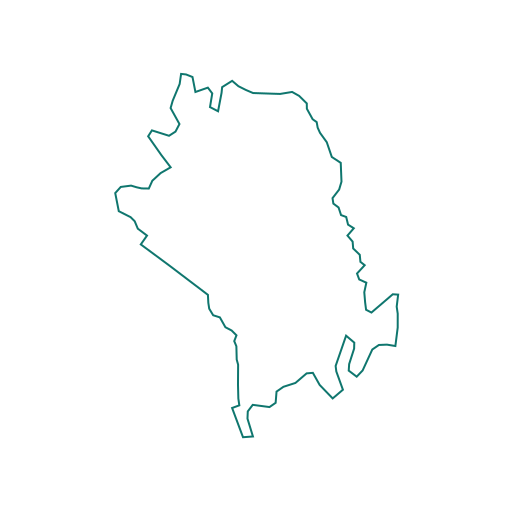 São João da Urtiga, Rio Grande do Sul, Brazil, rotated 215°
{"feature_id": "56859067B38946215789436", "entity_name": "São João da Urtiga", "entity_type": "district", "adm_level": 2, "iso_a3": "BRA", "parent_name": "Brazil", "parent_adm1": "Rio Grande do Sul", "projection": "natural_earth1", "projection_center": [-51.841, -27.789], "detail": "fine", "context": "isolated", "style": "outline", "palette": "teal", "viewbox_px": 512, "rotation_deg": 215, "n_neighbors": 0, "source": "geoboundaries", "source_scale": "gbopen_adm2", "svg_char_len": 1651}
<svg xmlns="http://www.w3.org/2000/svg" viewBox="0 0 512 512"><g transform="rotate(215 256 256)"><path d="M398.7,242.0L406.4,235.0L407.4,226.8L394.1,214.0L381.0,215.9L375.3,214.9L368.5,210.6L357.0,210.2L357.0,199.4L322.5,198.5L273.1,196.6L268.2,190.3L264.1,186.0L257.1,182.9L250.4,185.0L240.2,180.1L233.2,181.0L226.5,179.8L225.0,173.8L220.3,170.8L212.4,160.1L208.3,156.7L196.9,140.2L188.7,129.1L184.0,124.1L188.4,117.8L162.7,100.1L155.0,106.4L169.7,117.9L173.6,124.0L173.3,132.2L158.3,140.0L155.7,147.0L161.4,156.7L158.5,164.6L150.9,174.6L147.2,188.9L142.4,192.9L129.9,186.9L111.5,183.3L108.1,196.3L124.0,207.5L127.7,211.6L136.5,242.4L125.8,241.4L122.5,236.4L117.7,220.9L114.3,215.3L104.3,214.9L103.0,223.4L107.1,246.1L104.3,253.6L97.9,258.5L90.2,262.2L98.9,278.7L106.8,290.0L111.7,295.2L117.4,305.9L122.0,303.1L129.0,275.9L135.0,275.1L140.0,280.6L146.5,288.4L150.3,297.4L158.0,296.0L163.2,299.6L161.7,310.8L167.1,311.1L171.7,316.5L180.7,317.9L185.1,323.2L192.8,325.2L191.8,334.8L198.6,334.5L204.5,339.7L209.8,338.3L216.2,343.1L222.7,343.3L226.5,347.3L226.0,358.1L228.6,365.9L240.0,380.9L250.7,380.6L263.3,389.8L274.2,393.6L279.1,396.5L283.1,400.5L288.0,400.5L298.8,405.8L301.9,410.1L312.5,411.9L320.5,411.1L329.2,402.6L335.3,398.6L351.9,387.8L359.6,386.2L367.8,385.0L376.0,385.8L380.6,374.9L377.8,369.9L370.1,352.8L379.1,351.6L385.1,364.1L392.0,366.3L399.7,355.6L410.7,366.2L417.4,364.6L421.8,362.2L417.2,353.1L413.3,335.4L410.8,328.2L394.4,320.2L393.3,311.7L396.2,304.6L413.3,299.2L413.0,292.2L391.5,284.4L376.8,279.7L381.7,269.2L384.1,258.2L382.5,249.8L388.4,245.8L393.0,243.9L398.7,242.0Z" fill="none" stroke="#0f766e" stroke-width="2"/></g></svg>